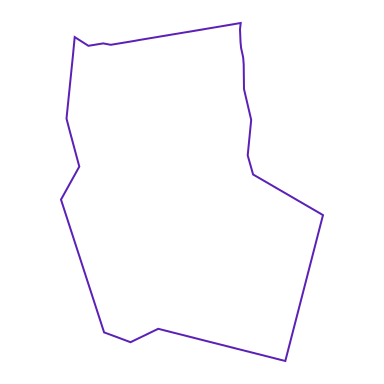 outline of São Francisco do Piauí, Piauí, Brazil
{"feature_id": "56859067B40076274013085", "entity_name": "São Francisco do Piauí", "entity_type": "district", "adm_level": 2, "iso_a3": "BRA", "parent_name": "Brazil", "parent_adm1": "Piauí", "projection": "orthographic", "projection_center": [-42.497, -7.192], "detail": "fine", "context": "isolated", "style": "outline", "palette": "violet", "viewbox_px": 384, "rotation_deg": 0, "n_neighbors": 0, "source": "geoboundaries", "source_scale": "gbopen_adm2", "svg_char_len": 544}
<svg xmlns="http://www.w3.org/2000/svg" viewBox="0 0 384 384"><path d="M323.0,215.1L253.1,174.5L247.7,155.4L251.2,119.9L244.0,89.1L243.7,64.6L243.2,57.8L242.5,54.3L241.1,48.0L240.5,41.7L240.4,38.9L240.2,34.0L240.0,29.3L240.7,23.0L237.1,23.6L210.5,28.1L138.7,40.1L135.0,40.8L110.8,44.8L103.2,43.4L88.4,45.8L74.7,37.1L73.0,54.9L66.5,118.6L69.3,129.4L79.3,166.6L67.6,187.7L61.0,199.6L104.1,332.4L120.4,338.4L130.5,342.2L132.6,341.2L158.2,328.8L237.5,348.9L285.3,361.0L320.9,223.2L323.0,215.1Z" fill="none" stroke="#5b21b6" stroke-width="2"/></svg>